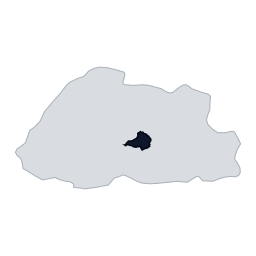 Langthil, Tongsa, Bhutan (highlighted)
{"feature_id": "84629894B85731212133965", "entity_name": "Langthil", "entity_type": "district", "adm_level": 2, "iso_a3": "BTN", "parent_name": "Bhutan", "parent_adm1": "Tongsa", "projection": "orthographic", "projection_center": [90.569, 27.339], "detail": "fine", "context": "in_parent", "style": "filled", "palette": "ink", "viewbox_px": 256, "rotation_deg": 0, "n_neighbors": 0, "source": "geoboundaries", "source_scale": "gbopen_adm2", "svg_char_len": 4820}
<svg xmlns="http://www.w3.org/2000/svg" viewBox="0 0 256 256"><path d="M209.9,108.6L209.6,110.3L207.7,114.9L206.5,119.9L207.6,124.0L211.9,128.8L217.6,132.6L224.9,132.8L231.6,131.3L234.3,131.8L238.0,138.3L240.6,143.9L237.2,149.7L235.3,154.8L234.7,158.4L235.1,159.9L237.3,162.8L239.9,167.8L240.3,172.3L238.7,175.4L235.3,176.9L231.6,176.5L228.5,176.6L224.7,177.2L218.8,178.9L213.2,181.2L202.8,180.8L198.6,176.4L196.7,176.4L187.2,182.3L176.9,181.3L158.1,183.3L150.2,183.8L142.2,183.1L138.1,181.9L130.5,177.8L123.6,174.8L116.6,177.5L114.2,178.0L108.5,185.0L96.3,187.3L84.2,188.9L80.6,188.0L73.8,187.5L73.6,185.9L73.8,184.3L72.2,183.0L69.5,181.6L64.7,181.1L58.6,179.3L55.1,177.5L42.6,179.9L35.4,176.1L27.3,170.9L23.1,168.6L21.7,160.7L20.3,158.2L17.1,155.4L15.4,152.3L16.9,149.1L25.1,143.2L25.8,141.8L29.7,130.6L35.0,126.6L40.2,121.0L44.2,112.1L51.8,102.9L60.2,93.5L65.9,85.9L69.7,82.3L77.5,78.5L84.0,76.3L88.5,71.2L93.9,68.3L99.5,67.1L107.7,67.8L115.5,69.7L124.0,72.2L124.9,74.3L124.2,78.0L123.0,81.7L122.9,83.6L124.2,84.6L132.6,85.4L142.8,84.8L148.5,85.3L161.3,88.7L165.0,91.1L168.9,92.9L172.7,92.6L177.5,88.6L182.6,85.2L185.8,84.7L188.0,85.7L192.1,88.9L200.5,91.9L208.1,94.1L210.5,96.2L209.8,105.5L209.9,108.6Z" fill="#d9dde1" stroke="#a8b0b8" stroke-width="1"/><path d="M125.8,145.7L126.1,145.4L126.2,145.1L126.3,145.0L126.7,144.8L126.9,144.7L127.0,144.7L127.6,144.7L127.9,144.7L128.4,144.9L128.9,145.0L129.2,145.1L129.3,145.1L129.7,145.2L129.9,145.3L130.1,145.4L130.2,145.5L130.4,145.5L130.7,145.4L130.9,145.4L131.1,145.4L131.3,145.4L131.8,145.6L132.0,145.8L132.3,146.0L132.5,146.0L132.8,146.1L133.0,146.3L133.1,146.6L133.3,146.7L133.5,146.8L133.8,146.8L134.0,146.8L134.4,146.9L134.8,146.9L135.0,147.0L135.3,147.0L135.4,146.9L135.5,147.1L135.8,147.1L136.0,147.0L136.1,146.9L136.3,146.9L136.4,147.0L136.5,146.9L136.8,146.9L137.0,146.8L137.3,146.8L137.5,146.8L137.8,146.8L138.0,146.7L138.3,146.6L138.5,146.6L138.8,146.7L139.0,146.5L139.2,146.4L139.3,146.3L139.5,146.3L139.7,146.2L139.9,146.2L140.1,146.2L140.1,146.3L140.0,146.6L140.2,146.9L140.3,147.0L140.5,147.3L140.7,147.5L140.8,147.5L141.0,147.7L141.0,147.8L141.1,148.0L141.1,148.4L141.2,148.6L141.3,148.7L141.4,148.9L141.5,149.0L141.7,149.4L141.7,149.5L141.9,149.5L142.0,149.7L142.1,149.9L142.2,150.0L142.3,149.9L142.5,149.7L142.8,149.5L143.1,149.5L143.4,149.4L143.5,149.3L143.7,149.1L143.8,149.1L144.0,148.9L144.5,148.7L144.8,148.7L145.1,148.6L145.3,148.5L145.7,148.3L146.4,148.2L146.5,148.1L146.9,147.9L147.1,147.9L147.3,147.9L147.7,147.8L147.8,147.7L148.0,147.6L148.2,147.4L148.4,147.3L148.5,147.2L148.7,146.9L149.0,146.7L149.4,146.4L149.4,146.2L149.4,145.9L149.5,145.9L149.4,145.7L149.3,145.4L149.5,145.2L149.5,144.9L149.4,144.7L149.5,144.5L149.5,144.4L149.3,144.4L149.3,144.2L149.2,144.1L149.2,143.9L149.3,143.9L149.2,143.8L149.2,143.7L149.3,143.6L149.4,143.4L149.4,143.2L149.5,143.0L149.5,142.9L149.6,142.7L149.8,142.1L149.9,141.9L150.0,141.8L150.1,141.7L150.3,141.3L150.4,141.2L150.6,141.0L150.7,140.9L150.7,140.5L150.7,140.4L150.8,140.2L150.8,139.9L150.8,139.7L150.8,139.4L150.8,139.2L150.7,138.9L150.4,138.6L149.9,138.3L149.8,138.1L149.7,137.9L149.7,137.7L149.5,137.4L149.4,137.3L149.1,137.2L148.8,137.0L148.8,136.8L148.7,136.8L148.7,136.7L148.5,136.8L148.4,136.7L148.2,136.6L148.2,136.4L148.2,136.2L147.8,135.7L147.7,135.6L147.5,135.4L147.1,135.4L147.1,135.2L146.9,134.9L146.6,134.7L146.6,134.4L146.1,134.3L145.9,134.3L145.7,134.2L145.3,133.8L144.6,133.7L144.2,133.5L143.8,133.5L143.7,133.4L143.4,133.2L143.3,132.9L143.3,132.7L143.2,132.4L142.6,132.2L142.4,132.2L142.1,132.2L141.7,132.3L141.3,132.2L141.1,132.2L140.7,132.1L140.6,131.9L140.4,131.6L140.1,131.8L140.1,132.0L139.9,132.2L139.7,132.3L139.5,132.5L139.2,132.5L138.9,132.7L138.8,132.8L138.5,132.8L138.3,132.8L138.1,133.0L137.9,133.3L137.8,133.5L137.8,133.8L137.8,134.0L137.8,134.4L137.8,134.7L137.8,134.9L137.9,135.0L137.9,135.3L138.0,135.6L137.9,135.7L138.0,136.4L137.8,136.6L137.7,136.7L137.6,136.8L137.4,136.9L137.4,137.2L137.3,137.3L137.1,137.5L136.9,137.8L136.7,138.0L136.4,138.3L136.3,138.5L136.1,138.7L135.9,138.8L135.6,138.8L135.4,138.9L135.2,139.1L134.9,139.2L134.8,139.3L134.6,139.4L134.5,139.5L134.4,139.6L134.1,139.6L133.9,139.8L133.7,139.8L133.5,140.1L133.4,140.3L133.1,140.5L132.9,140.5L132.6,140.6L132.2,140.7L132.0,140.8L131.8,140.9L131.7,140.9L131.6,141.0L131.3,141.0L131.2,141.0L130.8,141.1L130.6,141.1L130.4,141.1L130.1,141.0L129.9,141.0L129.7,141.0L129.3,141.1L129.1,141.1L128.8,141.0L128.6,141.0L128.4,141.1L128.4,141.3L128.3,141.5L128.2,141.5L127.8,141.8L127.7,141.9L127.0,142.6L126.8,142.9L126.6,143.1L126.4,143.2L126.4,143.3L126.2,143.5L126.1,143.8L126.0,144.0L125.9,144.2L125.8,144.3L125.7,144.4L125.6,144.5L125.2,144.7L125.1,144.8L124.8,145.0L124.7,145.0L125.0,145.2L125.2,145.3L125.3,145.5L125.5,145.6L125.8,145.7Z" fill="#0f172a" stroke="#020617" stroke-width="1.5"/></svg>